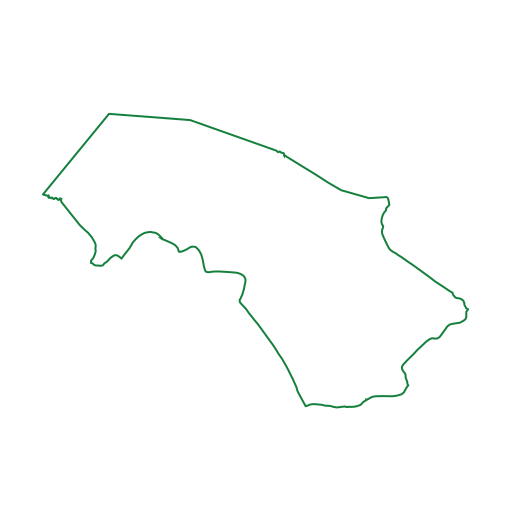 the district of Loroum, Loroum, Burkina Faso, rotated 350°
{"feature_id": "67063806B11896750408185", "entity_name": "Loroum", "entity_type": "district", "adm_level": 2, "iso_a3": "BFA", "parent_name": "Burkina Faso", "parent_adm1": "Loroum", "projection": "orthographic", "projection_center": [-2.146, 13.922], "detail": "fine", "context": "isolated", "style": "outline", "palette": "green", "viewbox_px": 512, "rotation_deg": 350, "n_neighbors": 0, "source": "geoboundaries", "source_scale": "gbopen_adm2", "svg_char_len": 4217}
<svg xmlns="http://www.w3.org/2000/svg" viewBox="0 0 512 512"><g transform="rotate(350 256 256)"><path d="M56.4,158.8L57.1,158.6L60.5,160.1L61.5,160.8L61.7,161.6L62.3,160.8L62.5,161.3L62.4,162.6L63.3,163.1L64.4,162.9L65.2,163.1L65.2,163.8L66.1,164.0L66.5,164.3L66.7,164.7L67.5,164.7L68.4,164.0L69.4,164.2L69.7,164.6L69.8,165.1L70.8,165.7L70.8,166.3L71.2,166.5L72.4,166.2L73.0,165.3L73.4,165.4L74.1,166.0L73.5,166.4L73.8,169.1L87.8,194.9L91.6,200.2L94.7,204.0L97.6,209.1L99.8,215.2L100.0,217.6L99.0,221.5L99.1,222.3L98.9,223.6L97.7,226.2L95.5,229.6L93.8,231.0L93.2,231.6L92.7,232.2L92.5,233.0L92.6,233.8L92.4,234.1L92.8,234.3L93.6,234.8L94.8,236.3L95.8,237.2L96.9,237.6L99.9,238.2L100.8,238.7L103.7,238.5L105.1,237.2L108.8,235.3L111.8,233.0L114.1,231.7L116.4,230.8L118.0,230.8L119.7,231.5L121.6,233.4L123.1,235.1L126.8,231.6L129.9,228.9L132.9,226.2L135.3,223.4L136.7,221.6L140.4,218.6L143.5,216.5L147.1,214.9L150.4,213.9L153.3,213.8L156.3,214.0L159.5,215.2L161.2,215.8L163.4,217.7L165.0,219.8L166.2,221.6L165.1,221.6L166.5,223.0L169.9,225.1L173.2,227.3L175.8,229.1L178.3,231.3L179.3,232.9L180.2,234.4L180.6,236.2L180.6,237.1L180.7,237.8L181.0,238.4L181.6,238.7L182.5,238.7L183.6,238.7L186.6,238.1L189.3,237.3L191.8,236.3L193.2,235.8L194.4,235.7L195.4,235.8L196.8,236.2L197.9,236.5L198.8,237.5L200.5,240.1L201.5,242.4L201.9,243.7L202.4,245.5L202.9,251.3L202.9,256.2L203.1,259.4L203.3,261.0L203.5,261.7L203.8,262.4L204.1,262.8L204.7,263.1L206.1,263.7L211.9,264.0L216.8,264.8L225.2,266.8L233.4,268.9L236.3,270.2L238.0,271.2L239.1,272.3L239.8,272.8L240.3,273.4L240.7,274.2L241.2,275.3L241.5,276.3L241.5,277.7L241.1,279.6L240.0,282.2L239.8,282.7L238.4,286.4L235.9,291.5L234.3,293.8L233.4,295.2L232.3,296.4L232.1,297.5L232.1,298.7L233.5,301.1L236.9,306.2L239.1,311.0L241.1,314.6L242.3,316.9L243.8,319.6L245.9,323.2L250.5,332.7L254.4,340.7L257.9,347.9L261.5,356.9L263.9,362.0L267.0,370.6L270.9,383.7L273.0,392.0L273.5,396.7L275.2,401.8L276.8,406.5L278.8,412.5L280.9,412.3L282.5,411.9L283.8,411.7L285.4,411.7L287.9,412.0L291.4,413.0L294.5,413.8L297.9,415.3L302.9,416.5L306.5,418.2L308.8,419.0L310.1,419.3L311.9,419.3L313.9,419.4L317.8,419.7L318.3,420.2L319.9,420.7L320.5,420.7L320.8,420.5L322.7,421.0L326.6,421.5L329.8,421.4L333.2,420.7L336.5,418.3L337.1,418.1L338.2,417.6L339.6,417.2L339.6,416.4L340.2,416.5L341.6,416.4L342.9,415.9L344.7,415.2L346.9,414.8L350.1,415.0L357.2,416.1L365.8,417.8L370.3,418.0L375.3,417.5L378.0,415.9L379.9,413.6L381.7,411.4L383.5,409.8L383.2,409.2L382.9,408.3L383.1,405.9L382.5,403.3L382.3,401.6L382.5,400.0L382.6,398.8L382.4,397.8L381.9,396.7L381.2,395.6L380.5,393.7L380.2,392.1L380.3,391.2L380.6,390.4L381.2,389.5L382.1,388.5L384.6,386.6L387.9,384.2L394.6,379.6L398.9,376.3L404.7,372.6L408.5,370.0L411.8,368.4L414.2,367.7L415.5,367.6L416.6,368.1L418.1,368.4L419.7,368.7L420.9,368.5L423.0,367.5L426.0,364.6L429.1,361.6L432.3,358.5L434.8,357.2L437.4,356.9L441.2,357.0L445.2,357.1L447.3,356.4L449.5,355.6L451.2,354.6L452.3,353.1L452.7,351.7L452.9,350.4L453.2,349.1L453.2,348.3L453.4,347.5L454.7,346.2L455.6,345.3L455.4,345.0L455.0,344.8L454.6,344.5L454.0,344.0L453.7,343.2L453.5,342.3L452.9,340.9L452.8,340.2L452.8,339.8L452.9,339.3L453.0,338.7L453.0,338.3L452.7,337.6L452.6,336.8L452.4,335.9L451.7,335.3L450.7,334.1L449.4,333.3L447.4,332.6L445.8,332.0L444.8,331.1L444.6,330.5L443.7,329.1L443.3,328.3L443.2,327.3L443.2,326.4L439.9,323.5L435.6,319.3L428.2,312.4L423.3,307.0L415.9,299.3L408.0,291.2L404.8,288.2L402.8,286.1L399.3,282.6L396.2,279.8L393.8,277.3L391.9,275.9L389.9,274.0L388.6,272.1L387.8,269.9L386.2,264.6L385.0,259.9L384.4,257.4L384.1,255.4L384.3,253.7L384.8,252.0L385.6,250.8L386.2,249.5L386.4,248.6L385.7,246.9L385.5,245.9L385.4,244.9L385.5,243.8L385.9,242.1L386.7,240.1L387.2,239.1L388.1,237.5L389.6,235.6L391.3,234.1L392.1,233.5L392.2,233.2L392.3,232.2L392.4,231.7L392.9,231.3L396.2,228.8L396.2,226.1L396.1,223.0L395.8,221.7L394.7,220.6L377.5,218.7L351.3,206.0L339.5,196.0L329.5,186.7L325.6,183.2L317.6,176.2L301.7,162.0L301.4,162.5L301.1,161.5L301.5,160.9L301.3,159.9L300.8,159.4L299.8,158.9L299.4,158.9L298.1,158.0L298.0,157.6L297.5,157.2L296.8,157.3L295.8,157.6L294.2,155.7L237.3,123.5L214.7,110.7L135.9,90.5L56.4,158.8Z" fill="none" stroke="#15803d" stroke-width="2"/></g></svg>